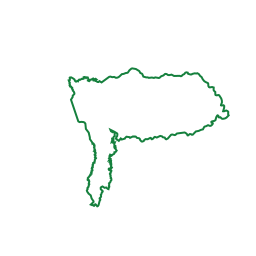 outline of Coari, Amazonas, Brazil, rotated 214°
{"feature_id": "56859067B81707102783786", "entity_name": "Coari", "entity_type": "district", "adm_level": 2, "iso_a3": "BRA", "parent_name": "Brazil", "parent_adm1": "Amazonas", "projection": "robinson", "projection_center": [-64.001, -4.036], "detail": "fine", "context": "isolated", "style": "outline", "palette": "green", "viewbox_px": 256, "rotation_deg": 214, "n_neighbors": 0, "source": "geoboundaries", "source_scale": "gbopen_adm2", "svg_char_len": 5854}
<svg xmlns="http://www.w3.org/2000/svg" viewBox="0 0 256 256"><g transform="rotate(214 128 128)"><path d="M200.3,130.7L199.2,130.0L198.3,130.5L197.7,130.0L196.9,130.2L196.7,129.5L195.9,129.0L195.3,129.1L194.7,128.1L193.4,127.9L191.9,126.9L191.5,126.1L191.9,123.9L191.2,122.7L191.1,119.6L172.9,105.7L171.5,105.8L170.1,107.0L168.3,108.0L167.1,108.2L165.8,107.8L162.4,103.7L158.0,102.2L154.4,98.9L153.4,97.5L149.8,96.1L148.7,95.1L148.4,95.8L148.0,95.8L147.3,95.6L146.5,94.6L146.0,94.8L145.8,94.2L145.2,93.7L145.4,93.0L144.4,92.3L144.2,91.8L143.7,91.8L143.1,91.4L143.2,90.0L142.2,90.3L141.9,89.4L141.0,89.4L140.6,88.7L140.9,87.4L140.7,87.2L140.4,87.6L140.0,87.4L140.2,87.1L139.3,86.6L139.1,85.3L138.1,85.2L138.2,84.9L137.7,84.7L138.0,84.2L137.9,83.4L137.3,82.6L137.2,81.8L136.8,81.5L136.9,80.9L136.4,80.5L137.2,79.6L136.8,79.3L136.9,78.6L136.6,78.3L136.7,77.6L136.2,77.4L136.2,76.9L135.3,76.0L135.2,75.2L135.7,75.0L135.4,74.2L135.2,74.3L135.2,73.9L134.2,73.5L133.7,72.9L134.2,71.7L133.4,71.2L133.6,70.3L132.8,69.8L133.0,69.6L132.9,69.1L133.2,68.6L132.8,68.2L133.1,67.9L132.8,67.3L133.1,66.7L133.0,65.3L133.2,65.1L133.3,64.2L133.1,64.1L132.9,63.3L132.6,63.1L132.7,62.8L132.5,62.4L131.4,62.3L131.2,62.8L130.7,62.5L130.1,61.9L129.5,60.0L128.7,59.8L128.7,58.8L128.3,58.5L127.9,57.2L128.1,57.1L127.9,56.0L128.1,55.7L127.9,55.2L127.3,54.8L127.2,53.2L126.2,52.4L124.6,51.9L124.3,51.6L121.2,51.3L118.7,49.2L115.6,48.0L115.2,47.4L116.0,43.7L114.5,44.0L113.9,44.6L112.8,44.4L112.5,44.6L112.5,46.5L112.1,46.6L109.7,45.9L109.3,46.6L109.3,47.6L110.7,51.5L110.8,53.0L111.3,53.5L112.0,53.5L112.2,53.9L111.9,55.9L112.3,56.6L113.2,57.4L113.1,58.4L113.7,60.0L113.4,60.6L113.5,61.3L113.8,61.6L116.3,62.0L117.2,63.1L117.2,63.6L117.1,64.2L116.4,65.3L114.0,65.3L112.8,66.5L110.8,66.2L110.0,66.4L110.4,67.4L110.6,68.8L111.4,69.1L111.4,69.7L111.9,70.3L112.3,71.4L112.8,71.6L112.4,73.3L112.8,74.6L112.6,75.3L113.1,76.2L113.6,76.7L114.4,76.8L114.4,77.4L115.8,78.3L115.9,79.0L117.4,79.8L117.5,80.1L117.1,80.6L117.6,81.4L117.5,82.3L117.9,83.3L119.1,83.5L119.4,83.3L119.3,82.8L120.0,82.6L120.4,82.8L120.0,83.1L120.1,83.4L120.6,83.0L121.0,83.3L121.1,83.6L120.9,83.8L120.6,83.8L120.4,83.4L120.2,83.7L120.0,84.4L120.1,85.1L119.4,85.0L119.2,86.2L120.6,86.7L121.0,87.6L121.5,87.7L121.5,88.4L122.3,88.7L122.0,89.1L122.3,89.5L122.7,89.5L123.4,90.8L123.7,90.4L123.7,89.8L124.2,90.5L124.5,90.0L125.1,91.4L124.6,92.0L124.9,92.7L125.4,92.7L125.3,92.2L125.7,91.4L125.8,92.5L126.6,92.4L126.5,92.8L126.9,93.1L126.9,94.1L127.2,93.7L127.7,94.4L127.9,95.9L127.3,95.9L126.8,96.2L126.1,96.0L125.9,97.3L125.1,98.6L125.1,99.7L125.7,100.2L124.8,101.5L124.8,103.0L126.4,103.5L126.9,104.4L127.8,103.9L128.8,104.6L129.1,105.2L128.4,105.2L128.1,105.7L128.4,106.1L129.2,105.9L129.9,106.3L130.4,107.0L130.8,108.6L131.4,107.8L132.3,107.4L132.6,107.8L132.7,108.8L133.0,108.9L133.7,107.3L134.0,108.1L133.9,109.1L134.4,109.3L135.2,110.3L134.8,110.6L134.5,110.1L133.7,110.1L134.1,110.5L133.9,110.8L134.8,111.7L134.9,112.8L134.6,114.1L136.5,116.5L137.7,116.8L138.3,116.5L138.5,115.9L140.3,115.8L141.6,116.7L137.0,117.3L133.9,117.4L133.3,116.9L132.4,115.1L132.5,114.2L132.2,112.6L131.0,112.1L130.7,112.4L128.4,112.2L128.2,115.3L127.9,115.3L127.5,114.6L126.8,114.9L124.7,117.4L124.8,118.2L124.4,119.9L121.5,121.3L120.8,121.0L119.1,123.9L118.1,124.1L117.7,124.8L116.7,125.2L115.2,124.8L113.0,125.7L112.2,125.6L111.1,124.8L109.3,124.4L108.7,124.6L107.7,125.9L107.8,127.1L107.2,128.6L105.4,129.7L104.0,132.3L103.3,132.5L102.2,131.9L101.9,132.0L101.3,133.1L101.0,135.3L100.7,135.7L98.8,136.2L96.9,139.4L95.1,140.1L94.0,139.8L92.2,140.6L90.7,139.9L90.0,140.0L89.1,141.6L88.5,146.4L87.8,147.3L85.2,148.3L84.8,148.9L84.4,150.7L83.9,151.2L78.6,155.9L77.7,156.1L76.0,156.0L74.5,155.2L74.1,155.4L73.4,157.5L72.4,158.1L71.3,158.1L70.6,158.7L69.8,163.1L67.7,165.2L66.6,167.1L65.1,168.8L65.4,171.3L65.2,172.1L64.3,173.1L63.2,175.1L61.4,175.5L60.6,176.1L60.1,177.7L60.1,179.0L60.6,179.4L61.7,179.1L62.3,179.6L62.1,180.4L60.4,182.2L59.9,183.4L60.9,186.4L61.0,188.2L60.8,188.6L60.0,188.7L58.8,187.6L58.2,187.8L57.4,188.6L55.6,188.2L54.5,188.6L53.0,190.1L52.2,191.6L51.6,194.8L52.6,195.3L53.9,197.4L54.9,197.7L56.4,197.4L57.8,195.5L58.5,195.1L59.6,198.5L60.5,200.0L61.5,200.3L63.1,198.9L63.6,198.8L63.8,199.1L64.4,201.7L65.5,203.2L67.2,204.6L70.7,206.1L71.5,205.9L72.7,204.7L73.8,204.3L74.4,204.7L75.8,206.7L77.3,206.9L78.3,207.4L79.6,209.5L81.2,209.0L82.9,207.4L83.7,207.2L84.8,207.7L86.3,209.6L86.8,209.9L89.5,209.5L91.1,209.5L93.3,210.2L95.5,211.4L97.3,211.5L99.4,212.3L101.1,212.2L101.8,211.4L103.3,210.6L105.0,208.7L105.2,208.0L106.1,207.3L108.3,206.6L108.7,206.6L109.4,207.3L110.7,206.8L111.4,205.9L111.5,204.2L112.4,202.6L112.6,201.2L113.1,200.5L114.4,200.1L118.9,196.9L121.7,196.6L123.5,194.8L124.5,194.3L126.1,194.3L127.1,193.9L127.6,193.3L128.0,191.4L129.4,189.5L129.9,187.4L130.4,186.7L133.7,185.2L134.5,184.0L136.4,183.2L138.8,181.2L139.9,181.0L141.3,180.1L144.0,179.2L146.3,180.7L147.0,180.8L148.5,180.5L150.5,181.5L154.5,181.3L157.8,179.8L158.4,179.1L159.1,176.6L159.1,174.0L159.3,173.5L160.7,172.2L161.8,170.5L163.2,169.2L164.0,165.6L164.8,164.0L166.0,162.9L168.0,162.6L169.5,161.3L171.3,160.8L172.2,159.9L175.4,151.0L177.9,150.9L178.2,149.6L179.1,149.1L180.7,149.1L181.5,148.7L182.1,148.9L182.3,149.4L182.2,150.0L181.6,150.6L182.4,150.7L183.3,149.5L183.5,148.2L183.9,148.4L184.6,149.4L184.9,149.1L185.4,147.7L186.3,146.9L186.2,145.7L186.4,145.1L187.8,144.9L188.1,146.3L189.6,147.4L190.6,146.9L190.7,145.9L192.3,146.2L193.1,145.4L192.4,144.7L192.3,144.1L193.0,143.3L193.6,143.3L194.7,141.1L195.2,141.1L195.6,140.7L195.7,139.6L195.5,138.8L196.5,138.6L196.7,137.7L197.2,137.3L198.5,137.5L199.4,138.3L201.0,138.4L203.4,138.2L204.4,137.4L204.4,136.9L203.9,136.7L203.1,135.3L203.4,135.0L203.1,134.5L203.6,134.2L202.1,133.1L201.4,132.9L201.4,132.1L200.2,131.3L200.3,130.7Z" fill="none" stroke="#15803d" stroke-width="2"/></g></svg>